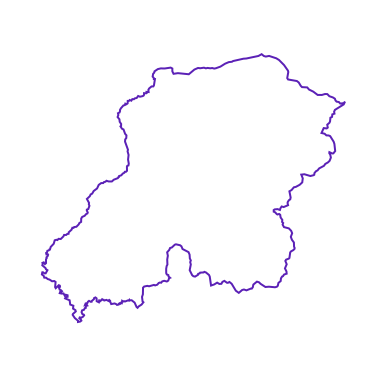 the district of Ayabaca, Piura, Peru, rotated 280°
{"feature_id": "86281439B3265311261772", "entity_name": "Ayabaca", "entity_type": "district", "adm_level": 2, "iso_a3": "PER", "parent_name": "Peru", "parent_adm1": "Piura", "projection": "mercator", "projection_center": [-79.898, -4.698], "detail": "fine", "context": "isolated", "style": "outline", "palette": "violet", "viewbox_px": 384, "rotation_deg": 280, "n_neighbors": 0, "source": "geoboundaries", "source_scale": "gbopen_adm2", "svg_char_len": 5920}
<svg xmlns="http://www.w3.org/2000/svg" viewBox="0 0 384 384"><g transform="rotate(280 192 192)"><path d="M339.8,236.6L337.5,233.8L332.9,222.3L332.2,219.5L328.1,209.7L327.2,208.7L326.3,205.7L324.1,202.3L320.4,198.2L318.0,194.0L317.4,192.4L317.6,190.4L317.0,188.5L316.9,185.8L316.2,184.2L316.5,182.2L315.3,178.6L315.2,176.4L313.0,173.1L307.4,168.4L306.6,157.5L305.2,153.3L307.4,151.7L310.2,151.2L310.8,149.4L308.9,143.7L308.3,139.8L307.1,137.0L304.3,134.1L303.1,134.1L301.6,133.2L298.8,133.2L297.6,134.6L296.6,134.8L296.8,135.9L290.5,136.0L289.3,135.6L288.9,133.8L286.5,131.8L285.1,131.3L282.9,131.9L282.7,129.9L281.8,130.3L281.3,129.9L281.0,127.6L279.4,127.9L278.4,127.5L277.7,126.4L276.8,124.2L277.2,122.3L275.0,121.2L274.2,119.3L273.3,118.7L273.1,117.1L271.4,116.4L271.8,114.7L270.7,114.0L270.5,112.9L268.1,113.2L267.0,112.2L267.4,111.0L265.9,110.8L265.3,109.4L262.0,107.4L260.2,106.8L259.3,107.1L257.7,106.8L256.7,105.4L255.0,106.1L252.9,105.7L251.0,107.9L248.6,108.6L246.7,110.4L244.7,110.7L244.2,110.2L242.2,112.0L241.7,113.7L237.7,116.0L236.4,117.6L233.7,117.9L232.2,117.1L230.0,117.3L222.5,121.6L220.8,121.5L217.5,123.1L212.8,123.4L209.0,124.8L207.1,124.8L206.5,123.7L205.7,123.5L201.6,124.3L200.4,123.4L200.2,122.3L199.2,122.0L198.1,120.6L196.2,119.5L195.0,117.4L194.2,117.5L193.7,116.8L192.8,116.6L190.5,112.8L188.5,111.3L187.9,108.2L188.2,105.8L187.1,105.0L186.5,103.6L185.4,103.0L185.0,101.0L182.8,98.9L179.0,97.9L175.9,95.0L173.1,94.0L172.0,92.6L170.1,92.1L166.9,89.7L163.4,92.5L162.0,92.5L160.6,93.4L157.2,92.8L156.4,91.5L155.5,91.6L153.7,92.9L152.7,92.7L151.9,91.6L149.9,90.4L148.4,88.2L146.6,87.5L143.3,88.0L141.8,86.4L140.5,86.1L137.7,84.2L137.0,82.0L136.1,81.6L136.0,80.4L133.9,79.9L130.9,77.6L129.4,77.7L129.0,76.4L127.9,75.6L127.5,73.5L126.0,73.1L122.9,70.9L122.7,68.7L121.3,67.8L121.4,66.7L120.6,65.2L117.0,64.8L113.4,62.4L110.7,62.1L110.6,61.5L109.7,61.2L109.0,59.8L107.5,59.7L106.6,58.9L105.3,59.5L105.7,60.7L105.2,61.2L103.6,60.9L102.4,60.0L101.6,60.4L100.4,59.9L96.6,60.6L95.5,59.7L97.0,58.2L96.2,57.0L95.3,57.5L93.8,57.3L91.7,60.9L90.6,61.6L89.9,63.2L86.5,62.0L86.3,60.8L87.1,59.1L86.9,58.5L84.7,58.5L83.8,60.4L82.0,61.4L82.3,63.0L81.2,65.1L81.0,66.9L79.8,69.7L80.4,71.9L79.7,73.3L74.6,73.7L73.6,74.5L77.1,77.0L76.8,78.1L75.7,78.5L74.7,77.6L72.8,78.7L72.6,79.9L71.7,81.2L70.8,80.5L70.6,79.5L69.4,79.3L69.3,81.4L69.8,83.1L67.9,84.6L68.9,85.4L68.7,87.4L67.2,87.7L66.5,85.9L65.2,85.5L64.1,90.3L60.0,91.6L59.4,94.9L56.5,95.1L55.4,97.7L54.2,98.3L51.2,95.9L50.3,95.8L47.5,98.5L45.4,102.1L44.2,102.3L45.0,104.4L46.1,105.4L47.2,104.6L48.0,103.0L49.0,103.2L49.0,104.7L50.1,106.2L51.8,107.2L52.4,106.8L52.8,105.2L54.5,104.1L56.3,104.3L57.3,106.1L59.0,106.6L59.4,107.5L61.4,107.3L62.0,108.6L62.7,108.0L61.9,106.2L63.8,106.6L64.4,108.2L65.9,108.6L66.9,109.5L66.3,111.3L66.5,112.2L67.4,112.3L69.4,114.0L70.5,114.0L71.4,115.2L70.7,116.5L67.9,117.1L67.2,119.4L68.0,119.4L67.8,119.9L68.4,120.4L69.2,119.9L69.3,121.2L70.8,122.1L70.3,123.0L70.5,123.7L69.9,124.4L70.9,126.5L70.3,128.3L71.3,129.2L70.8,130.0L70.0,129.5L69.5,130.7L67.6,131.9L68.8,135.2L68.2,137.5L67.8,137.8L68.4,139.3L69.2,139.4L69.2,139.9L69.9,140.2L69.6,141.0L70.6,141.3L70.4,142.2L72.7,142.1L72.2,143.3L72.7,144.0L72.5,145.0L74.2,147.9L74.0,148.8L74.9,149.1L74.5,149.5L74.9,151.4L73.1,154.7L69.1,157.4L68.5,158.5L70.0,159.3L72.4,161.9L75.0,163.3L75.7,162.3L80.0,161.0L82.7,161.4L89.3,160.4L90.6,161.3L91.8,164.3L91.7,166.1L93.9,170.7L93.6,171.9L94.7,173.9L96.6,175.0L97.3,176.2L97.3,177.4L98.8,178.2L99.7,180.0L99.5,182.8L100.6,184.0L103.1,184.4L103.7,185.3L104.7,183.6L106.1,183.1L106.4,181.5L107.6,180.7L111.9,179.9L114.7,179.9L116.2,180.4L121.3,179.3L125.0,179.3L128.3,178.0L131.1,179.7L133.0,180.1L133.9,181.8L137.1,184.2L137.7,185.3L137.5,189.5L136.7,191.0L134.2,192.6L132.2,199.0L129.9,200.5L126.2,201.4L124.4,202.7L122.6,202.4L120.5,203.4L114.6,203.3L110.1,206.6L109.3,208.0L109.2,209.7L111.5,212.3L112.5,212.3L113.1,213.6L114.0,214.0L114.8,217.4L115.5,218.0L115.2,219.7L113.2,223.2L111.7,224.2L103.2,227.0L104.8,229.9L107.1,232.5L106.2,234.9L106.7,236.9L108.8,237.6L110.1,239.3L108.7,242.2L108.8,243.1L109.9,244.5L108.5,247.0L102.4,252.3L100.8,255.6L104.2,258.4L105.0,260.1L104.6,262.7L107.2,266.9L107.2,267.6L108.7,268.4L111.5,268.5L115.0,271.5L114.7,273.7L113.5,275.4L111.2,280.8L112.1,284.2L112.6,290.3L113.4,292.0L114.6,292.8L117.5,292.9L119.7,294.8L122.4,294.6L124.4,295.4L124.9,296.2L126.7,297.0L128.0,299.4L130.2,298.8L132.9,296.8L137.3,297.8L140.3,295.9L141.7,296.4L143.2,298.9L144.0,299.4L149.5,299.2L150.7,299.8L152.3,301.8L153.7,302.8L154.7,302.8L155.9,302.0L160.0,301.1L162.3,298.7L165.0,297.1L168.8,297.8L171.0,296.4L173.0,293.7L173.4,288.7L175.6,286.9L177.3,287.2L178.2,285.9L180.2,285.8L182.3,283.7L184.9,282.8L185.5,281.6L184.7,280.1L184.9,279.4L186.5,277.3L186.8,275.9L188.4,275.6L189.2,276.4L190.0,279.2L189.6,281.7L191.3,281.9L193.3,282.8L193.1,284.9L195.7,288.9L197.8,288.0L199.0,288.1L200.8,288.9L201.8,290.0L203.7,290.1L209.6,287.8L211.2,289.7L214.3,291.5L215.1,293.4L217.8,296.8L220.6,298.9L224.7,298.7L228.1,296.6L229.0,299.6L228.3,305.8L229.7,308.9L230.2,309.4L231.9,309.3L234.0,310.5L235.1,311.9L237.3,313.1L240.7,317.4L242.8,318.4L244.7,320.7L246.6,322.1L250.0,322.8L252.7,321.7L254.2,320.4L255.1,320.4L254.3,323.5L254.6,324.5L257.2,325.9L264.0,323.9L266.1,322.8L271.0,318.4L271.4,316.8L271.1,314.5L272.4,312.5L272.6,309.3L277.8,310.6L278.0,313.6L279.0,314.5L281.8,313.5L284.0,315.3L285.4,315.7L289.2,315.4L290.3,316.9L292.8,316.7L293.9,318.7L295.7,318.0L297.7,318.5L304.6,326.2L307.6,327.0L305.9,326.0L304.8,322.7L306.1,321.0L306.1,318.7L307.1,317.4L308.7,316.5L309.6,314.3L310.2,310.6L311.9,308.3L311.6,306.0L310.1,303.0L309.4,298.9L311.9,294.0L313.2,289.5L315.0,287.3L314.4,282.1L315.5,280.6L318.4,278.1L319.5,276.0L319.5,267.1L320.7,266.0L326.9,266.0L328.2,265.4L333.0,260.6L337.1,254.8L338.3,251.8L339.4,244.3L338.2,241.2L338.4,239.2L339.8,236.6Z" fill="none" stroke="#5b21b6" stroke-width="2"/></g></svg>